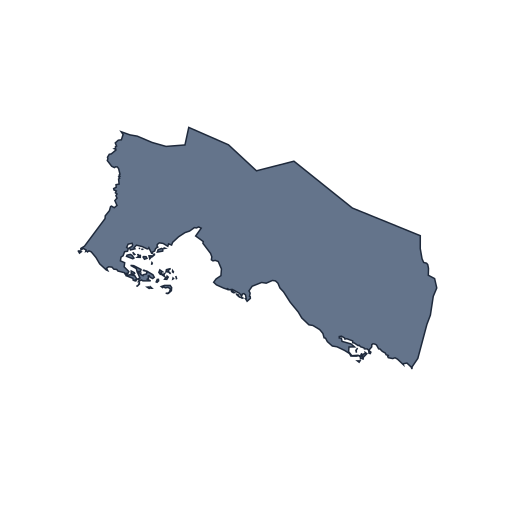 Debub Deb.Keih Bahri, Debubawi Keyih Bahri, Eritrea (Robinson projection), rotated 152°
{"feature_id": "51966322B86476524232792", "entity_name": "Debub Deb.Keih Bahri", "entity_type": "district", "adm_level": 2, "iso_a3": "ERI", "parent_name": "Eritrea", "parent_adm1": "Debubawi Keyih Bahri", "projection": "robinson", "projection_center": [42.638, 13.079], "detail": "fine", "context": "isolated", "style": "filled", "palette": "slate", "viewbox_px": 512, "rotation_deg": 152, "n_neighbors": 0, "source": "geoboundaries", "source_scale": "gbopen_adm2", "svg_char_len": 6189}
<svg xmlns="http://www.w3.org/2000/svg" viewBox="0 0 512 512"><g transform="rotate(152 256 256)"><path d="M305.7,252.7L304.5,249.1L299.6,242.8L297.7,240.8L296.5,240.6L295.6,238.8L292.7,237.7L291.7,236.3L288.2,230.9L287.5,227.3L285.9,228.8L284.3,228.5L283.5,226.6L284.6,223.1L285.3,223.3L285.1,220.2L280.9,221.2L280.2,222.7L280.7,223.4L278.6,226.0L278.6,228.5L273.6,231.1L263.5,230.0L259.7,227.2L253.0,226.7L250.5,224.9L249.4,221.7L249.9,216.5L248.5,211.4L247.5,199.0L245.0,186.7L244.7,179.8L241.6,170.4L238.4,168.0L234.3,161.1L233.3,156.2L234.3,151.8L233.2,150.8L233.2,146.9L230.9,140.7L227.1,137.8L222.1,131.0L219.2,125.9L219.2,123.1L214.5,120.5L211.9,119.7L211.3,117.5L212.0,116.2L209.9,115.8L210.0,114.2L209.0,116.1L204.0,117.7L204.9,119.6L205.2,118.8L207.3,118.9L209.3,117.7L209.6,118.9L208.2,120.3L209.5,119.8L210.2,118.1L212.6,120.5L218.2,123.0L219.1,128.1L216.6,132.0L211.7,129.5L213.4,133.8L220.1,140.2L219.2,143.4L221.0,144.5L220.3,145.8L218.2,145.1L216.3,142.1L216.5,140.9L214.6,140.3L210.5,135.6L211.3,134.0L210.0,133.0L207.9,128.9L206.8,128.8L206.3,126.8L203.8,124.2L203.9,123.1L201.4,121.7L200.8,119.7L196.5,121.4L195.4,123.4L193.9,123.6L192.4,122.4L191.4,121.0L191.3,116.4L190.2,115.7L189.3,112.6L187.4,109.6L187.5,107.7L185.9,106.1L186.9,105.4L186.9,104.1L183.4,101.2L181.0,100.9L179.5,98.5L176.9,90.8L176.7,91.8L173.0,90.6L171.1,85.0L171.4,83.0L170.1,84.9L161.2,89.6L137.2,115.4L129.8,121.9L118.4,137.2L111.4,142.9L108.9,152.2L112.9,158.1L109.5,164.1L108.4,167.8L108.8,169.6L111.0,171.6L110.7,175.6L107.5,185.4L101.4,196.8L148.4,253.1L178.0,321.9L215.6,331.0L228.1,367.1L255.0,401.1L266.6,387.4L284.0,395.0L294.4,405.0L304.6,417.6L310.4,422.1L316.7,429.0L316.3,425.7L320.3,421.8L323.2,422.9L327.2,421.9L327.5,418.5L328.8,418.5L329.4,417.0L330.7,417.2L329.7,415.9L330.0,415.3L335.8,414.1L337.8,414.7L340.8,412.9L341.1,411.4L342.5,410.1L341.3,403.0L339.5,400.5L338.1,400.7L336.6,399.7L336.3,397.6L337.7,392.1L338.9,391.7L338.7,390.3L340.0,390.4L339.9,388.7L341.2,388.5L343.1,383.8L346.1,384.7L347.2,382.3L350.0,382.4L350.4,380.9L348.8,379.0L350.5,377.8L349.6,376.0L351.4,375.0L351.5,372.4L354.6,371.2L355.0,365.9L358.5,365.2L360.2,367.9L361.2,367.9L364.2,364.8L370.2,362.3L371.7,359.9L402.8,345.2L407.1,344.9L407.7,343.5L405.0,343.8L403.2,341.1L404.0,340.2L403.4,340.3L402.9,338.7L401.1,339.0L399.5,337.0L398.0,329.7L397.7,322.4L394.8,314.1L393.8,312.8L393.8,315.3L391.2,315.7L388.4,313.8L387.7,311.1L385.3,309.5L385.0,307.6L380.0,303.0L380.1,301.5L379.6,300.6L380.0,299.8L375.2,294.0L375.8,292.3L374.3,290.6L373.6,290.5L374.2,291.6L372.0,291.3L372.3,295.6L375.9,298.6L378.9,299.2L378.3,299.6L379.5,300.7L378.8,301.5L380.0,302.2L377.2,300.8L375.6,302.0L377.5,308.3L375.1,311.7L378.0,315.4L375.7,318.4L373.2,318.6L370.0,321.5L367.2,320.5L365.3,322.5L366.2,324.3L363.4,326.5L359.4,325.4L359.8,323.5L361.1,322.7L363.9,322.7L364.0,320.3L359.5,319.2L359.7,320.6L356.5,321.7L352.0,317.7L348.7,313.3L347.2,312.9L347.0,313.4L346.7,313.6L346.9,307.5L346.4,307.0L346.0,308.0L343.1,308.0L341.2,309.7L338.6,310.0L339.0,310.6L337.8,312.5L335.2,313.0L332.1,310.7L329.3,306.0L327.5,307.8L325.4,305.3L323.2,307.2L315.4,309.3L307.7,310.0L302.9,309.2L297.1,310.0L295.3,308.7L293.0,308.6L291.3,306.3L299.9,302.0L295.8,293.5L296.9,292.1L294.9,279.6L295.4,276.0L297.2,273.6L296.3,271.9L294.1,271.3L291.9,268.9L292.6,260.8L296.2,255.1L302.0,254.5L305.7,252.7ZM367.6,287.2L360.7,283.5L362.8,286.6L361.5,286.7L360.5,289.0L359.7,288.8L359.4,286.8L357.8,284.6L355.8,284.9L355.8,287.8L359.6,294.1L360.3,294.2L360.0,292.6L361.4,291.6L364.2,292.4L365.0,291.7L366.6,293.9L365.7,295.1L368.4,296.4L368.8,291.1L371.0,291.2L370.3,289.4L371.3,288.8L368.3,288.5L367.6,287.2ZM352.1,264.5L350.9,264.1L347.0,265.1L345.3,267.7L345.6,270.3L350.6,273.0L354.0,273.5L353.3,271.9L352.0,272.1L351.0,270.4L348.4,269.6L347.0,267.1L349.3,264.8L351.9,264.6L353.1,265.7L352.1,264.5ZM368.4,297.8L365.1,296.7L363.8,298.1L368.5,304.9L371.1,306.6L367.6,301.1L368.4,297.8ZM370.5,316.5L366.1,311.4L364.7,311.5L365.2,314.9L366.2,316.4L369.5,317.3L370.5,316.5ZM341.3,305.8L336.1,304.1L334.9,305.8L335.8,307.0L339.4,307.5L341.3,305.8ZM349.1,284.7L347.4,284.2L347.8,285.8L347.2,286.4L345.9,285.9L347.4,288.9L349.5,287.1L349.1,284.7ZM372.5,297.3L371.3,297.5L371.2,298.4L373.2,301.3L374.4,299.1L372.5,297.3ZM342.8,284.4L340.8,282.9L340.3,284.4L337.3,285.0L341.5,286.0L342.8,284.4ZM356.2,308.1L356.0,305.5L353.4,305.1L353.4,307.0L355.5,308.3L356.2,308.1ZM347.6,278.4L345.7,277.2L343.4,278.6L343.9,279.9L344.5,279.0L345.3,279.5L347.6,278.4ZM350.4,306.4L351.1,303.4L347.5,304.8L350.4,306.4ZM355.7,279.2L353.6,279.8L353.1,281.2L354.2,281.7L356.3,280.0L355.7,279.2ZM361.4,310.6L358.8,309.1L357.8,310.8L358.1,311.2L361.4,310.6ZM200.8,119.7L201.9,117.1L200.9,116.2L199.7,117.2L200.8,119.7ZM410.6,343.7L410.5,341.4L408.3,341.8L409.9,343.7L410.6,343.7ZM366.7,279.6L365.6,277.5L364.2,277.4L364.8,278.8L366.7,279.6ZM214.8,113.8L213.4,114.6L215.7,115.8L214.8,113.8ZM294.3,236.1L293.2,234.2L292.1,233.7L294.0,237.2L294.3,236.1ZM347.8,283.5L346.4,280.9L346.2,282.6L345.0,283.3L347.8,283.5ZM289.9,227.5L288.8,226.6L289.9,227.8L289.9,230.0L290.4,230.6L290.6,229.9L291.2,231.9L291.0,230.3L289.9,227.5ZM371.2,288.0L372.5,286.2L374.3,285.3L372.0,286.0L371.2,288.0ZM363.1,317.2L362.9,314.4L362.3,314.3L363.1,317.2ZM209.5,127.0L212.1,125.8L212.7,123.5L211.7,125.8L209.5,127.0ZM346.5,304.4L345.1,304.7L344.8,305.3L345.2,305.6L346.5,304.4ZM362.6,296.5L361.4,295.2L360.7,295.0L361.5,296.0L362.6,296.5ZM336.5,282.2L337.2,281.2L336.8,280.4L336.3,280.8L336.5,282.2ZM339.6,275.5L340.3,274.7L339.4,274.7L339.6,275.5ZM351.0,299.0L351.7,298.2L352.3,297.3L350.9,298.4L351.0,299.0ZM336.2,276.0L336.9,273.4L336.7,273.4L336.2,276.0ZM363.4,277.5L363.6,276.7L363.0,276.4L363.4,277.5ZM340.5,282.8L340.3,281.5L339.8,280.4L340.0,282.1L340.5,282.8ZM333.3,305.6L332.5,305.4L333.7,306.7L333.3,305.6ZM355.9,317.9L354.7,316.9L355.9,317.9ZM297.5,240.7L296.5,239.3L296.1,239.3L296.5,240.1L297.5,240.7ZM288.7,226.3L288.0,225.2L287.4,225.1L288.1,226.2L288.7,226.3ZM360.3,312.8L359.6,312.3L358.9,312.2L359.6,312.7L360.3,312.8ZM353.8,316.0L353.5,315.3L353.1,315.3L353.8,316.0ZM375.8,285.5L374.8,285.1L374.5,285.3L375.8,285.5Z" fill="#64748b" stroke="#1e293b" stroke-width="1.5"/></g></svg>